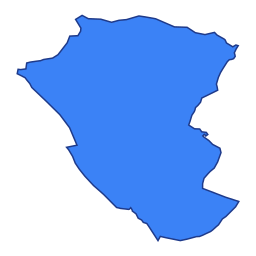 outline of Girei, Adamawa, Nigeria
{"feature_id": "59680162B61760155439631", "entity_name": "Girei", "entity_type": "district", "adm_level": 2, "iso_a3": "NGA", "parent_name": "Nigeria", "parent_adm1": "Adamawa", "projection": "albers", "projection_center": [12.503, 9.423], "detail": "fine", "context": "isolated", "style": "filled", "palette": "blue", "viewbox_px": 256, "rotation_deg": 0, "n_neighbors": 0, "source": "geoboundaries", "source_scale": "gbopen_adm2", "svg_char_len": 1860}
<svg xmlns="http://www.w3.org/2000/svg" viewBox="0 0 256 256"><path d="M210.6,231.5L212.7,229.9L215.9,227.0L218.5,224.8L222.4,218.9L225.9,216.5L235.6,206.8L238.8,201.5L225.8,197.3L202.6,188.4L202.6,183.7L203.2,181.4L204.0,178.3L208.1,173.6L210.1,171.5L214.2,168.1L217.6,162.0L221.0,152.6L219.9,148.2L212.6,144.4L209.0,140.7L204.1,137.2L202.8,135.9L204.1,134.4L204.7,134.3L205.0,135.0L205.8,136.0L207.8,134.5L206.3,132.4L201.7,131.8L199.7,129.0L194.5,128.8L190.3,126.1L188.7,125.0L190.2,120.8L191.2,117.4L191.9,115.2L193.1,113.4L194.3,111.6L195.0,109.8L195.5,107.6L197.9,105.4L200.5,102.3L201.8,98.0L217.7,90.2L217.1,86.8L216.4,84.1L218.4,77.3L220.5,72.6L222.9,68.6L227.3,61.7L229.3,59.7L231.6,59.4L233.6,58.7L235.2,56.4L234.8,54.4L234.3,52.9L236.2,48.9L238.2,45.7L235.9,45.0L232.8,46.8L226.5,43.0L225.1,39.9L224.2,39.1L217.1,35.1L214.5,32.4L205.0,34.6L195.3,32.7L187.1,27.3L174.4,26.9L155.7,18.8L153.7,18.4L145.1,16.9L139.1,16.0L138.8,16.0L126.5,19.6L119.0,20.3L113.0,21.9L111.6,22.3L100.8,19.2L88.3,18.7L82.1,15.4L75.6,19.4L80.9,28.1L80.6,31.2L77.9,35.7L69.8,36.1L67.2,42.8L58.0,54.7L52.6,58.1L43.6,59.5L40.5,60.7L35.7,61.3L30.2,62.1L26.7,63.0L25.9,68.9L20.7,69.6L18.1,69.3L17.2,73.7L25.1,77.7L26.8,80.0L29.8,83.6L31.8,87.5L46.5,101.5L59.8,114.6L69.6,127.7L77.0,145.2L66.6,147.3L68.6,149.7L72.6,156.4L75.3,163.2L79.4,169.3L84.8,176.1L93.6,185.6L96.5,188.1L98.3,189.7L103.7,194.5L104.1,194.9L113.1,204.0L116.6,207.5L118.4,207.9L118.6,207.9L118.9,208.0L119.5,208.1L120.2,208.4L121.2,208.5L122.8,208.7L125.6,209.0L127.2,209.2L128.5,209.4L129.0,209.3L129.6,209.0L130.7,207.7L131.7,209.1L132.3,210.4L132.3,211.0L136.1,213.9L138.2,218.2L141.6,220.0L143.3,222.4L146.8,223.5L148.6,226.1L158.0,240.6L160.3,236.4L165.9,237.7L180.3,240.6L187.2,239.1L196.5,236.6L199.4,236.5L202.7,235.2L205.8,233.7L210.6,231.5Z" fill="#3b82f6" stroke="#1e3a8a" stroke-width="1.5"/></svg>